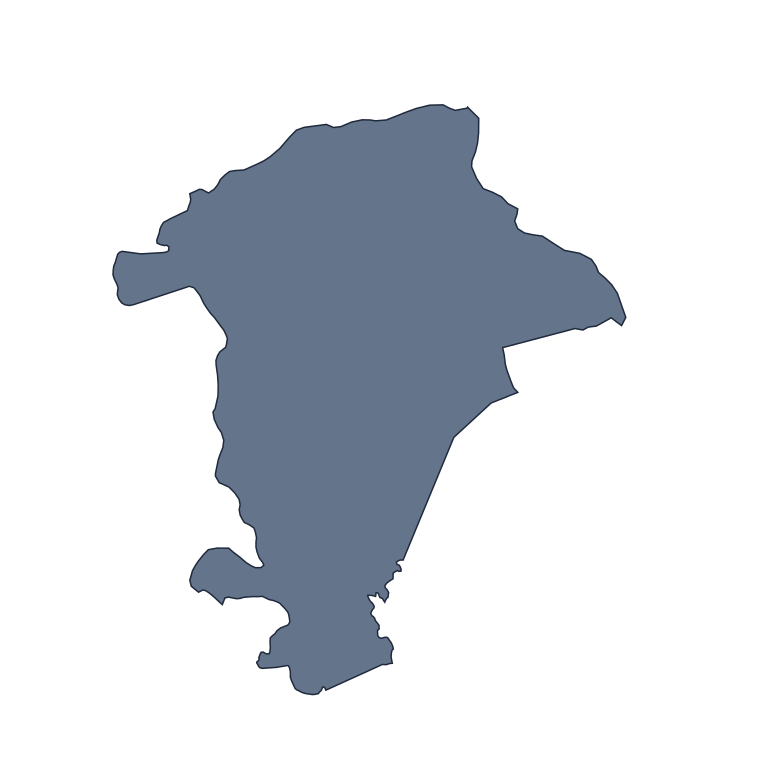 Selangau, Sarawak, Malaysia (Equal Earth projection), rotated 160°
{"feature_id": "92858781B23703975490584", "entity_name": "Selangau", "entity_type": "district", "adm_level": 2, "iso_a3": "MYS", "parent_name": "Malaysia", "parent_adm1": "Sarawak", "projection": "equal_earth", "projection_center": [112.583, 2.507], "detail": "fine", "context": "isolated", "style": "filled", "palette": "slate", "viewbox_px": 768, "rotation_deg": 160, "n_neighbors": 0, "source": "geoboundaries", "source_scale": "gbopen_adm2", "svg_char_len": 4371}
<svg xmlns="http://www.w3.org/2000/svg" viewBox="0 0 768 768"><g transform="rotate(160 384 384)"><path d="M379.5,652.5L388.1,648.4L401.5,640.9L413.4,636.5L420.5,634.8L429.3,633.9L442.5,633.0L450.5,635.4L456.5,636.5L461.9,634.8L467.7,632.2L472.1,628.1L476.8,625.2L483.5,623.5L488.5,629.0L491.0,630.1L495.8,629.6L501.0,629.3L501.4,629.3L502.5,623.5L504.0,620.9L506.6,617.9L509.4,614.2L528.4,612.4L531.8,611.8L535.9,611.3L539.2,608.7L541.7,606.0L543.3,603.1L548.2,597.0L549.1,594.1L546.5,591.5L543.0,589.2L540.5,588.6L539.2,586.3L540.9,582.8L542.6,582.5L545.6,582.8L549.9,584.0L562.2,587.7L568.1,589.5L584.7,598.2L587.5,598.2L589.9,597.0L592.5,593.5L595.0,590.1L597.6,587.2L599.6,583.4L601.3,579.3L601.5,575.3L600.9,569.7L600.9,565.4L602.2,563.1L604.1,559.0L604.1,554.3L602.8,550.0L600.4,547.1L596.3,544.8L591.8,544.2L533.5,542.4L529.7,539.5L528.4,535.8L526.6,529.9L525.8,521.5L524.5,515.7L522.8,509.6L520.6,504.4L519.1,499.2L517.4,493.4L516.1,489.3L515.6,484.1L515.6,480.3L518.4,475.3L520.2,472.7L527.1,470.4L530.5,467.8L533.8,463.7L535.3,459.1L537.4,449.2L540.0,440.2L544.1,429.5L548.6,422.5L551.0,418.7L554.3,416.1L555.6,408.8L554.9,399.8L553.4,394.0L553.8,385.9L557.1,379.5L562.0,374.0L565.5,369.7L573.0,357.5L573.9,355.1L572.6,347.6L565.0,340.3L561.4,332.5L559.6,325.2L560.5,319.7L563.1,315.4L564.0,309.8L563.5,305.8L562.7,301.7L559.4,298.5L555.5,293.3L555.5,288.9L556.4,283.1L558.4,279.1L560.1,274.4L560.7,269.8L560.7,263.1L559.2,258.2L558.8,255.0L562.2,253.5L567.6,255.3L570.6,258.2L574.5,263.1L578.6,270.4L583.4,277.9L586.0,282.8L597.0,286.9L605.8,288.4L612.3,285.2L619.0,281.1L622.6,278.5L627.8,274.1L633.6,266.0L634.3,259.9L629.5,251.8L624.4,252.4L621.8,250.3L619.2,246.6L616.2,241.3L614.2,237.3L611.4,232.0L606.7,237.3L603.2,237.0L595.9,232.6L592.4,231.7L588.5,231.5L585.1,230.5L582.1,229.7L579.1,228.8L575.6,227.4L571.0,226.1L565.7,220.7L561.7,218.2L558.9,215.7L557.0,213.8L553.7,206.4L552.4,202.3L552.4,199.8L553.1,196.0L553.7,193.2L555.0,191.5L557.0,190.3L564.3,190.2L569.1,188.7L571.7,186.7L575.1,185.6L577.8,184.2L579.4,180.3L580.9,175.3L582.9,171.2L584.3,169.8L585.8,170.2L587.7,171.4L589.2,173.4L591.2,173.9L592.3,173.1L595.2,169.7L595.5,167.8L596.9,166.8L598.3,166.5L599.0,165.5L598.6,163.5L598.4,161.5L597.6,159.8L595.9,158.5L582.0,154.5L571.1,152.5L570.2,151.9L569.9,150.3L570.0,148.5L570.3,146.3L571.0,143.8L572.2,140.8L572.4,137.6L572.2,134.6L571.9,131.3L571.7,128.4L570.8,126.7L569.1,125.0L567.6,123.3L565.6,121.4L564.1,120.4L562.5,119.3L560.5,118.3L558.0,116.9L556.1,116.2L551.7,115.5L549.9,116.6L547.9,117.4L547.0,118.3L545.6,120.0L544.4,120.1L544.0,119.4L543.4,118.3L543.4,116.2L481.4,121.0L478.0,119.5L474.3,119.4L471.7,118.7L471.4,120.8L470.7,125.1L468.9,129.0L467.4,131.2L465.9,131.7L465.5,134.6L465.7,138.3L466.6,141.5L467.0,143.7L468.0,145.0L469.0,145.4L470.3,145.8L472.2,145.8L473.1,145.8L474.1,146.5L475.6,147.8L475.9,149.6L475.6,151.0L474.4,154.6L472.4,155.4L471.2,159.1L472.0,161.6L473.0,164.6L472.9,167.2L473.7,169.3L474.6,170.3L474.9,173.0L473.2,174.9L471.5,176.2L469.9,177.1L469.2,178.9L469.9,182.2L471.1,184.3L471.5,186.6L471.8,189.0L471.6,190.9L470.3,190.6L467.2,189.2L464.6,187.3L464.0,188.2L462.9,190.6L461.3,189.9L460.9,188.2L461.0,186.2L460.8,184.7L458.8,183.0L458.5,180.9L457.9,178.7L457.1,179.7L454.8,181.7L453.2,182.2L452.2,184.1L451.0,186.5L451.4,189.4L452.4,191.8L452.3,194.1L451.0,195.0L448.9,196.2L445.4,197.2L442.1,197.9L441.1,200.6L440.0,203.2L437.2,203.9L435.2,204.1L434.1,202.8L432.1,202.3L431.3,203.9L431.3,206.4L431.7,208.6L432.7,209.4L433.6,210.5L433.2,212.4L431.1,213.0L428.8,213.0L426.3,212.0L336.6,310.0L289.8,329.5L261.1,330.4L263.5,335.9L263.8,342.7L263.8,349.0L263.8,354.9L263.2,361.3L261.1,370.3L260.1,377.6L185.6,370.8L178.6,366.7L172.5,367.6L164.7,365.8L147.9,368.5L140.8,357.6L134.0,363.9L134.0,365.4L133.7,389.4L136.1,399.4L139.8,407.5L144.2,415.3L144.5,422.5L146.5,430.2L155.3,439.8L168.8,447.9L175.8,457.0L184.6,468.8L193.0,473.3L200.4,477.9L205.2,484.2L205.5,492.4L200.8,498.3L198.4,502.8L205.8,511.0L209.5,519.6L216.3,526.9L224.0,533.7L226.7,545.5L227.4,558.2L225.0,563.6L218.6,570.9L213.6,578.6L209.2,587.7L204.1,601.3L210.8,615.6L211.6,614.8L223.5,616.8L228.3,620.9L233.0,626.1L245.7,630.4L259.5,631.9L270.5,631.9L291.5,631.3L302.0,634.2L306.6,636.8L314.1,639.7L324.7,641.2L336.6,640.6L343.7,642.3L349.3,647.6L371.3,652.5L379.5,652.5Z" fill="#64748b" stroke="#1e293b" stroke-width="1.5"/></g></svg>